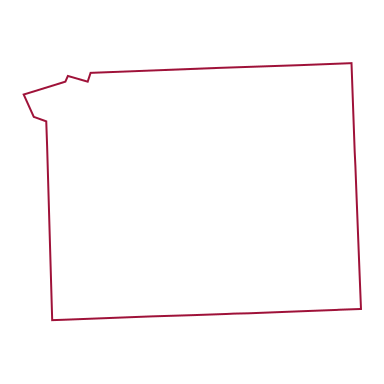 Amite, Mississippi, United States of America (orthographic projection), rotated 358°
{"feature_id": "52423323B37899299883293", "entity_name": "Amite", "entity_type": "district", "adm_level": 2, "iso_a3": "USA", "parent_name": "United States of America", "parent_adm1": "Mississippi", "projection": "orthographic", "projection_center": [-90.779, 31.174], "detail": "fine", "context": "isolated", "style": "outline", "palette": "rose", "viewbox_px": 384, "rotation_deg": 358, "n_neighbors": 0, "source": "geoboundaries", "source_scale": "gbopen_adm2", "svg_char_len": 568}
<svg xmlns="http://www.w3.org/2000/svg" viewBox="0 0 384 384"><g transform="rotate(358 192 192)"><path d="M189.1,315.1L214.4,315.1L216.8,315.1L219.1,315.1L223.1,315.1L229.5,315.0L244.1,315.2L294.3,315.0L295.8,315.0L332.0,314.9L332.8,314.9L334.6,314.8L335.1,314.8L345.0,314.8L356.8,314.8L356.6,273.4L356.3,202.3L356.2,171.5L356.0,157.5L355.9,68.8L304.8,69.0L222.2,68.9L94.8,69.4L91.6,78.1L72.0,71.7L69.3,77.3L27.2,88.7L36.5,111.4L48.8,116.3L48.8,141.7L47.8,315.2L58.7,315.2L147.5,314.9L189.0,315.1L189.1,315.1Z" fill="none" stroke="#9f1239" stroke-width="2"/></g></svg>